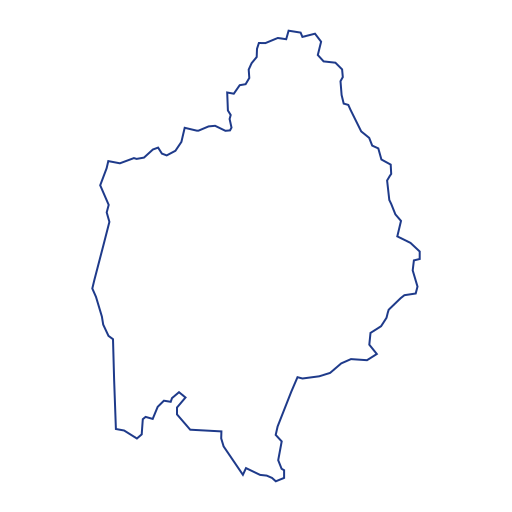 Comerío, Puerto Rico
{"feature_id": "32010507B91105509770544", "entity_name": "Comerío", "entity_type": "district", "adm_level": 2, "iso_a3": "PRI", "parent_name": "Puerto Rico", "parent_adm1": "", "projection": "equal_earth", "projection_center": [-66.218, 18.225], "detail": "fine", "context": "isolated", "style": "outline", "palette": "blue", "viewbox_px": 512, "rotation_deg": 0, "n_neighbors": 0, "source": "geoboundaries", "source_scale": "gbopen_adm2", "svg_char_len": 1743}
<svg xmlns="http://www.w3.org/2000/svg" viewBox="0 0 512 512"><path d="M419.7,259.0L419.7,251.5L410.5,242.9L397.3,236.4L401.0,220.9L395.4,214.4L391.2,203.9L389.3,200.0L387.1,180.5L389.7,176.1L391.2,173.9L390.7,164.6L381.4,159.5L378.3,148.4L372.2,145.6L369.2,137.9L361.2,131.4L350.4,109.6L348.3,104.9L343.7,103.6L341.6,95.0L340.5,81.2L342.8,77.1L342.1,69.4L335.4,62.7L323.6,61.4L317.8,55.0L321.1,41.7L315.0,33.7L302.4,36.9L300.6,32.6L288.6,30.7L286.2,39.2L277.7,38.0L265.4,43.1L258.9,43.0L257.0,48.8L256.7,57.0L251.6,63.2L248.7,69.6L249.3,78.0L245.6,84.2L239.7,85.2L233.8,93.7L227.2,92.5L227.9,110.5L230.7,115.0L229.6,119.0L231.5,127.6L230.0,130.4L225.4,130.8L215.1,125.8L208.6,126.4L198.4,130.7L197.0,130.7L184.7,127.8L181.4,141.9L175.4,150.8L166.7,155.4L161.9,153.6L158.1,147.6L152.9,149.5L144.0,157.6L136.6,158.9L133.9,158.1L119.9,163.3L108.3,161.1L106.6,168.3L100.2,185.3L108.7,204.9L106.7,212.4L109.4,221.9L103.6,244.5L94.3,280.2L92.3,288.5L96.0,296.9L101.9,316.6L103.2,324.6L108.5,335.9L113.0,339.2L114.1,379.1L115.9,429.0L124.1,430.5L136.9,438.5L141.7,434.4L142.8,419.2L145.6,416.9L152.7,418.9L157.7,406.8L163.9,400.7L170.7,401.8L172.0,398.1L179.0,392.2L185.5,397.5L177.0,407.5L177.0,414.4L190.2,429.7L221.4,431.4L221.2,438.4L223.6,446.4L242.9,474.8L246.0,468.1L260.1,474.9L266.7,475.6L272.0,477.9L275.8,481.3L284.1,477.9L284.1,470.2L281.6,468.8L278.2,460.2L281.7,441.4L275.7,434.9L277.6,426.5L291.4,391.4L291.5,391.2L297.5,377.2L302.5,378.5L319.2,376.3L330.1,372.9L341.2,363.4L351.0,359.1L367.0,360.2L376.8,354.0L369.3,344.7L370.5,332.9L381.1,326.2L386.5,317.8L387.8,312.6L388.7,309.7L400.6,298.2L404.4,295.2L415.7,293.5L417.5,286.6L412.7,270.4L413.1,267.0L413.9,260.4L419.7,259.0Z" fill="none" stroke="#1e3a8a" stroke-width="2"/></svg>